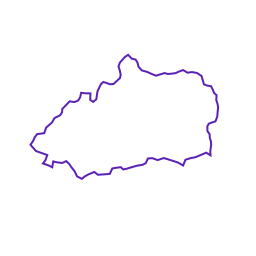 outline of Toledo, Minas Gerais, Brazil, rotated 331°
{"feature_id": "56859067B38036328952181", "entity_name": "Toledo", "entity_type": "district", "adm_level": 2, "iso_a3": "BRA", "parent_name": "Brazil", "parent_adm1": "Minas Gerais", "projection": "mercator", "projection_center": [-46.383, -22.708], "detail": "fine", "context": "isolated", "style": "outline", "palette": "violet", "viewbox_px": 256, "rotation_deg": 331, "n_neighbors": 0, "source": "geoboundaries", "source_scale": "gbopen_adm2", "svg_char_len": 1555}
<svg xmlns="http://www.w3.org/2000/svg" viewBox="0 0 256 256"><g transform="rotate(331 128 128)"><path d="M221.4,142.2L220.3,139.1L220.7,135.8L220.9,131.7L217.5,129.0L215.6,126.5L216.5,122.7L217.5,118.1L215.0,113.3L211.1,110.1L206.9,108.5L204.2,104.0L199.5,103.3L196.2,103.1L192.7,101.7L188.9,100.0L186.7,97.7L182.5,96.8L177.8,95.8L174.6,91.8L171.9,88.2L168.0,84.3L166.9,79.5L168.0,75.5L167.8,71.8L164.9,69.2L163.6,64.1L159.7,64.4L155.4,65.9L152.6,66.9L149.5,69.6L148.7,73.8L147.4,77.9L145.2,80.4L140.9,81.4L136.7,82.5L133.3,80.9L131.0,78.1L128.7,75.8L125.6,76.5L119.1,81.1L114.2,87.5L110.2,88.3L108.6,85.1L111.9,79.5L107.4,76.9L104.1,74.5L101.1,77.9L97.8,79.8L93.8,79.4L89.9,76.4L79.8,79.5L77.9,82.3L75.0,83.9L68.5,83.7L64.2,86.3L60.8,87.1L56.7,87.9L52.2,91.9L45.5,89.3L41.9,90.9L38.8,93.3L34.6,95.4L35.3,98.7L36.4,103.6L44.3,112.5L40.2,116.1L36.4,117.8L40.3,122.1L42.7,125.6L46.4,121.0L49.0,123.4L53.5,126.7L57.9,127.0L59.1,130.8L59.5,134.9L60.3,139.8L60.0,145.6L63.0,150.1L66.6,149.4L70.9,149.4L77.2,150.1L79.0,154.3L86.0,157.6L89.9,159.3L94.6,155.8L97.5,156.7L102.7,158.8L103.8,162.0L107.7,163.1L111.5,163.9L117.4,165.3L123.2,167.3L126.6,167.3L130.6,164.3L134.7,166.2L138.3,170.4L144.7,171.6L150.7,177.8L155.1,182.6L158.0,187.5L162.9,183.6L169.0,184.9L172.5,186.2L180.6,187.1L184.5,187.5L186.9,191.9L188.9,187.9L192.5,183.2L194.1,179.6L194.8,176.2L196.4,173.0L196.0,169.2L198.2,165.0L200.8,163.4L203.8,163.8L207.7,164.6L211.6,161.3L214.1,157.5L216.7,153.9L218.0,150.3L218.8,146.2L221.4,142.2Z" fill="none" stroke="#5b21b6" stroke-width="2"/></g></svg>